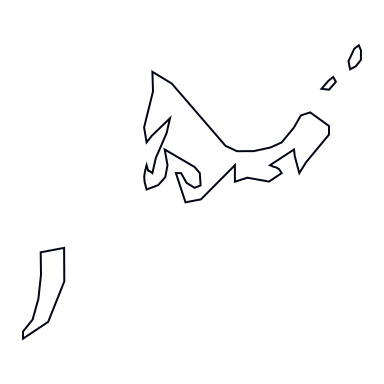 Providenciales and West Caicos, Equal Earth projection
{"feature_id": "TCA-5005", "entity_name": "Providenciales and West Caicos", "entity_type": "state/province", "adm_level": 1, "iso_a3": "TCA", "parent_name": "Turks and Caicos Islands", "parent_adm1": "", "projection": "equal_earth", "projection_center": [-72.259, 21.758], "detail": "fine", "context": "isolated", "style": "outline", "palette": "ink", "viewbox_px": 384, "rotation_deg": 0, "n_neighbors": 0, "source": "natural_earth", "source_scale": "10m", "svg_char_len": 1051}
<svg xmlns="http://www.w3.org/2000/svg" viewBox="0 0 384 384"><path d="M146.6,142.4L144.1,127.4L153.0,91.4L152.4,71.8L171.7,83.5L225.6,145.9L237.0,151.2L253.8,151.1L270.5,147.5L281.7,142.4L293.9,127.6L300.9,115.4L310.2,112.4L329.0,126.0L329.0,134.6L306.2,162.1L299.3,173.1L294.8,156.4L294.0,149.5L270.0,165.2L273.2,166.6L276.1,167.4L278.9,169.0L281.7,173.1L269.0,181.6L247.3,177.7L234.9,181.7L234.9,165.2L200.9,199.4L185.5,202.3L175.9,173.1L181.1,173.1L186.5,182.8L194.6,187.8L200.6,185.4L199.8,173.1L194.6,167.0L164.7,149.5L167.5,165.2L165.3,177.1L158.2,185.1L146.6,189.5L144.6,181.9L144.2,176.6L144.9,171.8L146.6,165.2L148.0,170.2L148.3,170.9L149.3,170.9L152.4,173.1L155.8,158.0L166.6,133.1L170.0,118.2L151.6,136.0L146.6,142.4ZM40.7,252.3L64.1,247.9L64.3,281.4L48.2,321.8L23.0,338.7L23.0,331.5L32.6,319.6L38.4,298.8L41.0,274.6L40.7,252.3ZM354.3,48.7L358.8,45.3L361.0,50.5L360.9,59.9L355.8,66.3L350.1,69.3L348.5,61.2L354.3,48.7ZM328.5,80.7L333.2,77.0L335.9,81.8L329.0,89.7L321.5,88.8L328.5,80.7Z" fill="none" stroke="#020617" stroke-width="2"/></svg>